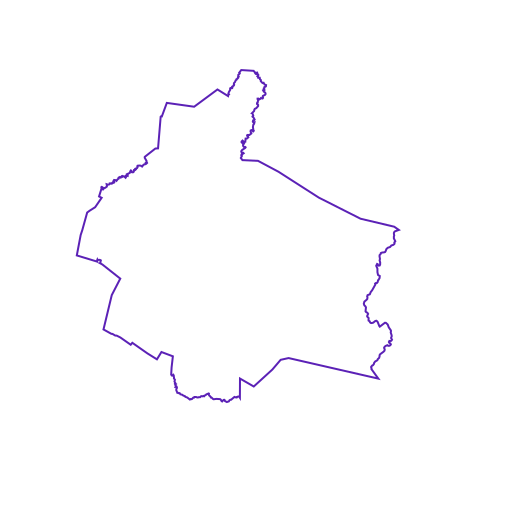 Huajicori, Nayarit, Mexico, rotated 31°
{"feature_id": "50627088B78255939037142", "entity_name": "Huajicori", "entity_type": "district", "adm_level": 2, "iso_a3": "MEX", "parent_name": "Mexico", "parent_adm1": "Nayarit", "projection": "albers", "projection_center": [-105.24, 22.811], "detail": "fine", "context": "isolated", "style": "outline", "palette": "violet", "viewbox_px": 512, "rotation_deg": 31, "n_neighbors": 0, "source": "geoboundaries", "source_scale": "gbopen_adm2", "svg_char_len": 6110}
<svg xmlns="http://www.w3.org/2000/svg" viewBox="0 0 512 512"><g transform="rotate(31 256 256)"><path d="M365.0,160.1L359.4,159.7L326.4,170.2L279.9,173.6L231.9,172.2L208.7,173.4L195.0,180.8L192.5,179.8L192.4,177.5L191.4,177.1L191.4,176.7L192.5,174.3L191.8,174.1L190.5,174.8L189.4,173.8L189.5,172.3L191.1,168.9L191.1,168.2L190.5,168.1L189.8,168.8L188.6,168.5L187.7,167.6L187.8,165.6L187.6,165.5L187.1,166.3L186.8,166.3L185.1,166.0L184.7,165.3L185.0,164.0L187.1,164.4L188.0,163.6L186.6,160.7L187.7,160.0L188.3,158.2L187.7,157.8L186.4,157.5L186.2,157.0L186.5,156.5L188.0,155.7L188.9,153.4L187.2,152.1L186.8,151.1L187.4,150.3L188.2,150.3L189.4,150.7L189.6,150.0L189.4,149.5L188.3,149.2L187.9,148.1L187.0,147.2L186.1,144.9L186.3,143.7L185.8,142.1L184.8,142.8L184.1,142.5L183.7,141.2L184.5,140.4L184.6,139.8L182.6,138.6L181.3,138.4L181.1,138.2L181.4,137.5L181.3,137.0L179.5,135.6L179.0,135.7L179.7,132.7L179.2,131.3L179.2,130.5L180.1,129.1L180.6,126.4L180.0,125.4L178.8,125.3L178.3,124.8L178.1,124.4L178.5,123.7L178.0,122.9L177.8,121.5L176.6,120.8L176.3,120.3L177.0,119.8L178.3,119.8L179.0,118.7L178.9,118.0L180.5,117.6L180.6,116.8L179.5,115.7L179.5,115.1L180.7,113.3L180.8,112.3L180.5,111.8L179.7,111.2L178.1,111.1L176.7,110.3L177.0,109.7L177.3,109.4L177.7,109.6L177.8,109.4L177.3,108.9L176.6,108.8L176.3,108.3L176.6,107.5L176.2,106.9L177.1,105.5L176.6,104.3L175.0,104.6L173.3,103.6L172.7,104.3L171.5,104.2L170.8,103.8L170.1,103.7L169.6,102.7L168.4,102.5L167.4,101.3L166.1,102.1L165.5,101.5L164.8,101.3L165.2,100.5L164.7,99.6L163.2,99.8L163.1,99.5L163.5,99.0L162.5,98.2L162.0,98.7L162.3,99.8L162.1,100.0L161.2,99.8L160.3,99.0L159.1,98.8L158.6,98.5L147.6,104.2L147.2,107.5L148.0,107.8L148.0,108.5L147.5,109.8L147.9,110.6L148.6,111.0L148.3,111.6L148.4,112.0L148.9,112.0L149.0,112.3L148.7,113.8L148.2,114.5L148.5,115.1L148.1,115.9L148.4,117.6L148.1,119.1L148.5,120.2L149.1,120.5L149.2,121.3L148.3,123.2L148.5,123.6L149.1,123.9L149.1,124.4L148.3,125.0L147.7,125.1L147.5,125.6L148.3,127.0L148.3,129.4L148.7,131.1L149.6,131.4L149.3,132.3L149.7,133.3L137.2,133.1L126.1,159.9L100.7,170.7L103.4,184.8L102.0,185.2L102.3,185.2L116.6,214.2L114.4,215.7L109.6,228.3L110.0,229.1L113.2,230.9L113.6,231.6L114.7,232.3L114.4,233.4L113.5,233.4L113.7,234.5L112.6,235.6L112.3,238.0L110.8,237.9L109.3,238.6L108.0,239.6L108.0,240.2L108.7,240.7L108.8,241.8L107.5,243.5L107.7,244.3L108.0,243.9L108.3,243.9L108.1,244.6L107.2,245.1L107.8,246.6L107.7,247.2L107.4,247.7L106.4,248.1L105.5,247.2L104.7,247.1L104.6,247.9L105.0,249.8L103.4,252.1L104.2,252.4L104.7,253.4L103.2,253.7L103.1,254.1L103.9,254.7L103.9,256.1L101.8,255.7L101.3,255.9L100.9,256.7L100.1,256.3L99.9,256.5L99.7,258.5L99.3,258.6L98.6,258.4L97.9,259.5L97.9,260.0L98.4,260.4L97.9,261.5L97.7,263.4L96.8,263.2L95.2,263.9L95.2,265.6L95.4,265.9L96.0,265.3L96.4,265.4L96.6,265.9L96.3,266.6L95.1,267.4L95.3,268.0L95.0,268.4L93.8,268.7L93.2,269.1L93.5,269.7L93.2,270.4L92.4,271.1L91.0,271.4L92.1,272.7L92.4,273.3L91.6,275.3L90.9,275.9L90.6,277.8L89.9,277.9L89.5,276.6L89.2,276.2L88.2,276.2L88.0,276.7L88.8,277.6L90.8,285.8L93.7,285.6L93.0,297.0L90.1,302.8L88.9,305.7L93.8,323.4L94.9,328.3L102.1,347.8L122.8,342.6L122.0,341.3L121.9,340.8L122.2,341.0L124.0,339.8L125.1,339.6L125.3,339.7L125.7,341.3L126.3,342.0L125.9,342.5L128.7,342.4L151.3,345.3L152.5,363.8L163.1,397.5L172.1,397.2L173.1,396.7L176.3,396.7L177.6,396.0L181.7,395.7L194.3,396.6L194.7,394.1L213.0,395.4L224.3,395.6L224.4,387.0L236.4,384.8L241.0,394.9L244.4,401.4L245.7,401.8L246.0,401.5L246.2,400.4L247.0,400.7L247.2,401.2L248.2,402.2L248.7,403.2L250.2,403.8L250.8,405.6L252.2,406.4L252.2,406.9L253.1,407.0L252.8,407.6L253.5,407.9L253.7,408.6L254.6,408.7L254.6,409.6L255.4,409.1L255.8,409.2L256.2,410.0L256.2,411.0L256.8,412.1L259.1,413.8L259.6,413.4L260.4,413.4L260.8,413.0L261.3,412.9L262.4,413.5L264.3,412.9L265.1,413.1L267.2,412.8L267.3,413.0L268.6,413.0L269.9,412.7L273.3,413.1L273.7,412.2L274.4,412.0L274.8,411.5L275.1,409.9L275.9,409.2L275.8,408.6L277.3,407.7L278.3,407.6L279.2,407.1L279.3,406.8L280.9,405.7L281.0,404.8L281.3,404.3L282.7,403.7L282.9,403.1L283.8,402.9L283.8,402.2L284.5,401.1L284.7,400.2L286.2,398.2L286.5,398.2L286.7,399.0L287.8,399.7L288.8,399.8L290.3,400.5L290.6,400.2L292.9,400.7L293.5,400.6L295.6,398.9L298.9,397.2L299.8,397.3L301.2,398.1L301.9,398.1L302.3,396.1L302.8,395.6L303.2,395.6L304.1,396.3L306.2,396.2L307.6,394.6L307.6,393.3L308.1,392.4L308.7,392.0L310.1,387.9L311.1,387.8L311.9,387.0L312.4,387.1L312.6,386.2L313.2,385.5L314.2,385.3L315.2,385.8L305.4,369.3L321.3,369.0L328.5,344.9L330.6,332.3L336.5,326.7L424.0,298.1L413.2,293.5L412.8,292.6L412.2,292.3L411.8,291.7L412.0,290.1L412.5,289.4L412.7,288.0L412.3,286.7L412.5,285.0L413.5,283.3L413.7,282.5L413.5,281.7L414.0,279.9L413.6,278.4L413.0,277.3L413.0,276.3L414.6,272.4L414.9,271.0L414.4,269.7L413.1,268.8L413.0,267.6L413.4,266.4L414.5,264.8L415.6,264.9L416.6,264.2L417.1,263.3L417.1,262.3L416.3,261.8L414.7,261.7L414.2,261.3L414.1,260.1L414.8,259.8L415.6,259.0L415.7,257.7L414.0,256.7L413.7,255.0L413.1,254.1L410.9,252.2L410.3,250.7L409.7,250.2L406.6,248.8L404.2,246.9L401.8,246.4L400.9,246.8L398.5,252.8L397.7,252.5L394.3,249.9L393.5,249.6L392.5,249.5L391.7,250.3L390.8,252.8L389.7,253.9L388.7,254.3L387.7,254.0L387.0,253.4L385.8,253.4L385.5,253.1L384.7,251.5L384.2,251.0L382.9,250.8L382.2,250.3L381.9,247.9L380.7,247.3L379.0,247.3L378.4,247.0L376.7,243.4L375.7,242.8L374.3,242.5L373.0,241.4L372.4,239.3L373.3,236.7L373.5,235.5L372.7,233.8L372.1,233.4L371.8,232.1L373.3,230.2L372.9,227.9L373.2,225.5L373.0,218.9L372.3,218.3L372.6,217.5L373.5,216.9L373.7,215.6L373.1,214.0L373.3,213.7L373.3,211.3L372.4,209.4L370.4,209.4L369.9,208.9L368.4,207.3L366.6,204.3L364.1,202.5L363.9,200.4L364.5,200.3L365.6,201.1L366.1,201.1L366.9,200.4L366.8,199.4L365.8,197.6L364.2,196.1L363.8,194.7L362.0,192.6L361.5,191.6L361.8,190.0L361.5,189.2L362.3,188.1L363.9,186.9L364.6,186.1L364.6,184.9L364.2,182.9L364.7,181.1L366.3,179.2L366.6,177.3L367.9,175.8L368.4,174.5L368.1,173.5L367.6,173.1L367.8,171.6L365.1,169.9L364.1,168.2L363.9,167.2L362.8,166.0L362.3,165.1L362.2,164.1L362.4,163.3L365.0,160.1Z" fill="none" stroke="#5b21b6" stroke-width="2"/></g></svg>